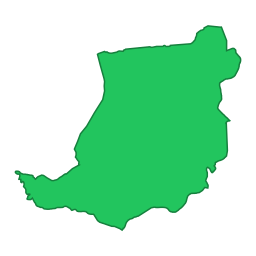 La Union, Cartago, Costa Rica (Robinson projection)
{"feature_id": "36466004B23984119166299", "entity_name": "La Union", "entity_type": "district", "adm_level": 2, "iso_a3": "CRI", "parent_name": "Costa Rica", "parent_adm1": "Cartago", "projection": "robinson", "projection_center": [-83.995, 9.913], "detail": "fine", "context": "isolated", "style": "filled", "palette": "green", "viewbox_px": 256, "rotation_deg": 0, "n_neighbors": 0, "source": "geoboundaries", "source_scale": "gbopen_adm2", "svg_char_len": 5748}
<svg xmlns="http://www.w3.org/2000/svg" viewBox="0 0 256 256"><path d="M220.6,27.2L208.0,25.9L204.1,27.9L204.0,28.9L203.1,29.7L202.2,30.1L201.7,30.2L201.1,30.2L200.6,30.5L198.8,31.7L198.3,32.3L198.1,32.3L198.0,32.5L196.8,33.4L196.6,35.2L196.3,36.4L195.8,37.2L195.5,38.0L195.3,39.2L195.1,39.7L194.6,40.4L193.6,41.4L192.6,42.6L190.7,43.8L170.3,45.4L169.9,46.2L169.0,46.4L166.1,46.5L165.8,46.4L164.9,45.6L164.2,45.5L163.7,45.7L163.1,46.3L162.6,46.4L156.7,46.4L152.4,47.3L150.9,47.3L149.9,46.8L125.6,49.2L124.7,49.9L124.2,49.9L123.9,50.1L123.6,50.3L123.3,51.1L123.1,51.3L119.2,51.0L118.0,51.4L116.9,52.1L111.8,53.2L110.1,53.2L109.1,53.0L107.8,52.5L107.2,52.0L106.8,51.9L106.0,52.3L105.5,52.1L104.7,51.5L104.4,51.5L98.5,53.6L97.5,54.3L100.2,64.8L104.1,78.8L104.6,81.5L104.2,86.0L104.6,91.0L102.7,99.7L94.5,112.7L86.7,126.2L80.5,133.8L77.6,141.5L74.4,149.1L76.1,152.4L76.1,155.4L75.6,156.4L75.5,157.3L76.3,158.1L77.1,159.5L78.0,160.7L78.4,161.1L78.9,161.5L78.9,162.7L78.7,163.7L78.7,164.5L78.8,164.9L79.1,165.0L72.4,168.7L66.4,174.0L65.3,173.9L64.1,174.6L61.9,176.3L59.3,177.8L58.8,178.4L57.3,179.5L55.4,180.1L55.0,180.1L53.7,180.6L51.8,180.6L47.1,177.9L43.6,175.5L41.7,175.1L38.0,176.7L36.7,177.8L36.6,178.1L36.1,178.6L35.4,179.2L34.8,178.6L34.4,178.0L34.0,177.5L33.2,177.1L33.0,175.9L32.5,175.5L31.5,175.2L29.6,175.1L29.0,174.8L27.6,174.7L27.4,174.5L26.7,174.5L25.3,174.2L23.5,174.2L22.4,174.0L22.1,173.7L20.7,173.2L20.0,172.5L19.6,171.9L19.1,171.6L18.3,171.3L17.5,171.2L16.1,171.2L15.7,171.4L15.5,171.6L15.4,172.3L15.5,172.6L16.2,173.4L17.0,173.9L17.6,174.1L19.3,174.2L19.6,174.4L19.8,174.8L19.8,176.4L19.4,177.8L18.9,179.2L18.9,179.3L20.8,179.4L20.8,181.7L20.8,182.0L21.6,182.6L21.9,182.6L22.2,181.5L23.1,181.6L23.6,182.0L24.0,183.3L24.1,185.0L23.6,186.3L23.6,186.6L24.2,187.3L25.1,188.1L25.1,188.3L25.5,188.8L25.9,189.8L25.9,192.4L26.3,193.4L27.1,194.3L27.6,194.3L28.3,194.1L29.5,194.1L29.8,194.2L29.8,194.7L29.1,195.2L28.5,195.4L28.2,195.9L27.9,196.1L27.8,196.6L27.8,197.3L27.4,197.9L27.1,198.5L27.1,199.1L27.6,199.4L28.3,199.5L30.6,199.6L31.1,199.4L31.6,198.6L32.2,198.5L32.4,198.2L34.6,202.4L35.4,203.2L36.0,204.9L36.7,205.8L37.6,206.3L39.0,206.7L40.4,207.4L41.9,207.4L42.5,207.6L43.3,208.2L43.8,208.7L44.4,208.9L47.4,209.2L49.1,209.2L50.7,208.9L51.6,208.9L52.1,208.7L52.7,208.7L53.0,208.6L55.1,208.5L56.6,207.7L57.4,207.5L60.5,207.5L62.5,207.4L63.3,207.1L64.1,206.5L65.0,206.3L66.0,206.3L67.0,206.6L69.1,207.9L69.9,208.2L71.4,210.0L71.8,210.3L72.6,210.1L74.0,209.5L75.3,209.4L76.0,209.8L77.2,211.2L78.5,211.5L81.2,211.6L82.4,211.4L84.1,211.4L86.1,211.7L86.4,212.1L87.0,212.4L87.5,213.1L89.0,213.9L90.6,214.2L93.6,214.3L93.8,214.5L97.6,220.6L99.7,222.2L111.8,226.3L114.5,226.4L119.6,228.5L122.1,230.1L122.9,228.9L123.1,228.7L123.4,228.7L123.4,228.3L123.7,228.3L124.5,227.3L125.2,225.8L125.9,223.5L126.2,222.9L126.9,221.7L128.1,220.4L128.2,220.1L128.5,219.9L128.8,219.9L129.9,219.1L131.5,218.7L132.5,218.4L133.5,217.6L134.6,217.0L135.7,217.0L136.9,216.4L138.3,216.1L151.6,207.6L152.6,207.6L153.9,207.2L155.2,207.2L155.4,207.4L156.5,207.5L158.1,207.5L161.0,207.3L162.8,207.3L165.0,207.5L166.5,207.9L167.9,208.9L169.3,210.7L169.9,211.2L170.7,211.7L171.3,211.7L172.2,212.1L175.1,212.1L175.6,212.0L176.5,211.5L177.5,210.7L178.1,210.4L179.4,209.1L181.5,207.6L183.7,205.3L184.1,204.6L185.1,203.5L185.7,202.6L186.4,200.8L186.8,198.9L187.7,196.1L188.2,195.6L189.4,194.4L190.5,193.9L190.5,193.7L191.4,193.4L194.7,193.3L196.7,193.1L197.4,192.8L199.2,192.6L202.5,190.4L204.7,187.5L207.8,188.0L208.1,186.0L208.0,185.0L207.4,184.1L207.4,183.9L206.9,182.9L206.8,182.5L205.8,181.1L205.8,180.1L205.9,179.8L206.1,179.4L206.1,179.2L206.8,177.5L207.2,176.8L207.3,176.4L207.3,172.9L207.2,172.8L207.2,172.3L207.0,171.9L206.9,171.2L206.5,170.4L206.5,168.9L206.7,168.3L207.3,167.4L207.7,167.3L208.0,167.5L208.6,167.8L209.9,169.0L210.2,169.5L210.6,170.7L211.4,172.0L211.8,172.5L212.4,172.6L212.9,172.3L213.1,171.6L213.3,171.6L214.2,170.9L214.4,170.5L214.6,170.4L215.0,169.7L215.6,168.9L215.6,168.2L215.5,167.8L215.1,167.3L215.1,167.1L214.6,166.2L214.2,166.0L214.2,165.7L215.0,164.9L215.2,164.6L215.3,163.9L215.3,162.6L215.6,162.4L216.4,162.1L216.5,161.9L217.7,161.4L217.8,161.2L218.4,160.9L220.5,160.3L222.0,159.7L222.8,159.3L224.2,158.3L224.6,157.7L225.4,157.1L226.3,156.1L226.5,156.0L227.4,150.6L226.3,123.6L225.9,123.4L225.9,123.1L226.2,122.5L227.3,121.3L228.2,121.0L229.5,120.9L229.8,120.7L229.5,120.4L229.0,120.1L228.9,119.8L227.6,118.5L227.4,118.2L225.7,116.8L224.9,116.0L224.6,115.8L224.5,115.5L223.6,114.6L222.5,113.8L222.3,113.5L222.0,113.3L221.9,113.0L221.6,112.9L221.2,112.3L220.9,112.2L220.7,111.9L220.5,111.7L218.4,109.4L217.7,108.3L217.7,107.5L218.0,106.7L218.1,105.9L218.8,103.9L219.7,102.0L220.3,101.5L220.4,101.2L220.6,101.0L221.2,100.1L221.6,99.3L221.6,98.1L221.5,97.4L221.5,95.5L221.2,94.4L221.1,93.3L221.0,93.0L220.8,91.9L220.6,89.2L220.3,88.6L220.3,88.2L220.1,87.9L219.9,86.8L219.8,86.6L219.7,86.2L219.6,85.9L219.6,83.6L219.8,82.9L220.1,82.8L220.3,82.5L221.1,82.0L221.2,81.7L222.7,81.0L222.9,80.7L223.5,80.4L223.7,80.1L224.8,79.6L225.6,79.0L227.6,78.9L228.1,78.7L230.4,78.3L230.6,78.2L231.0,78.2L231.5,77.8L231.9,77.8L232.1,77.5L233.6,76.8L233.8,76.6L234.1,76.4L234.3,76.1L235.0,75.5L236.5,72.6L237.0,71.8L237.7,70.3L238.1,69.7L238.2,69.0L238.5,68.7L238.7,68.0L239.1,66.4L239.1,65.2L239.3,64.9L239.3,64.2L239.8,63.2L239.8,62.8L240.1,62.7L240.1,62.3L240.3,62.1L240.3,61.8L240.6,61.1L240.6,60.8L240.6,59.2L240.4,58.3L240.1,58.0L240.1,57.7L239.6,57.0L239.3,56.9L239.2,56.5L238.4,55.8L237.2,54.2L236.4,53.5L236.2,53.0L235.8,52.6L235.8,51.4L235.7,51.1L235.7,50.4L235.5,50.2L235.5,49.8L234.7,49.2L234.5,48.9L234.0,48.6L233.8,48.4L232.4,48.4L226.6,50.7L226.6,40.6L221.4,27.1L220.9,27.1L220.6,27.2Z" fill="#22c55e" stroke="#15803d" stroke-width="1.5"/></svg>